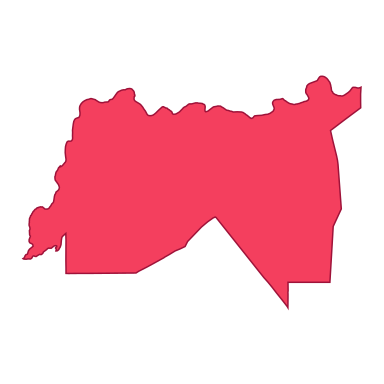 outline of Dagana, Saint-Louis, Senegal
{"feature_id": "50182788B94177495754038", "entity_name": "Dagana", "entity_type": "district", "adm_level": 2, "iso_a3": "SEN", "parent_name": "Senegal", "parent_adm1": "Saint-Louis", "projection": "natural_earth1", "projection_center": [-16.074, 16.26], "detail": "fine", "context": "isolated", "style": "filled", "palette": "rose", "viewbox_px": 384, "rotation_deg": 0, "n_neighbors": 0, "source": "geoboundaries", "source_scale": "gbopen_adm2", "svg_char_len": 5792}
<svg xmlns="http://www.w3.org/2000/svg" viewBox="0 0 384 384"><path d="M361.0,87.2L359.7,87.8L358.0,88.1L355.5,87.4L353.7,87.3L352.8,87.4L352.4,87.7L349.9,91.0L348.1,92.6L344.3,95.2L342.4,96.0L341.5,96.0L340.0,95.7L339.2,95.8L338.0,95.6L337.3,95.4L336.2,94.8L335.5,94.7L334.1,93.9L333.1,93.1L332.8,92.6L332.5,91.8L331.9,91.3L331.5,90.3L331.1,87.2L330.8,86.4L330.7,85.2L329.9,82.7L329.8,82.3L329.4,81.9L327.9,79.7L326.8,78.4L325.2,77.2L324.0,76.6L322.7,76.3L320.8,76.3L319.9,76.7L319.6,77.0L318.8,78.0L317.3,80.5L316.8,80.8L310.1,83.3L308.9,83.9L307.9,84.7L306.9,85.9L306.7,86.5L306.7,87.2L305.8,89.3L305.7,90.9L305.8,92.6L306.4,93.9L306.9,94.3L308.5,97.2L308.8,98.1L308.8,98.8L308.2,100.0L306.9,100.8L306.7,101.1L304.0,101.6L303.4,102.0L300.6,102.9L299.1,103.6L298.2,103.6L297.5,104.0L296.0,104.0L295.6,104.3L294.5,104.5L293.1,104.4L292.5,104.1L290.2,103.7L288.8,103.1L286.3,101.5L285.6,100.8L285.2,100.8L284.0,99.9L283.0,98.8L282.7,98.6L282.0,98.7L281.3,99.0L279.6,99.4L276.2,99.5L274.2,100.2L273.3,101.2L272.7,102.2L272.6,102.8L272.6,103.6L272.8,104.4L274.1,107.7L274.2,108.9L273.9,109.7L273.6,110.1L273.4,110.7L272.9,111.4L271.0,112.6L270.6,113.1L268.6,113.9L268.2,114.2L265.2,114.5L261.7,115.3L256.8,115.6L254.6,115.9L253.7,116.8L253.2,117.6L251.8,118.4L250.9,118.3L250.7,118.0L250.2,117.9L247.0,115.2L246.3,114.9L245.2,113.9L243.1,112.5L241.5,112.0L237.4,111.8L233.2,112.0L231.6,111.3L230.8,111.3L228.2,110.4L226.6,110.2L223.1,107.7L221.2,106.7L220.7,106.2L220.1,106.1L217.8,106.0L216.3,106.4L213.8,106.8L213.0,107.2L207.8,111.2L206.1,111.7L205.5,111.7L205.2,111.4L204.9,110.2L205.2,106.8L204.9,105.4L204.5,104.7L204.1,104.4L203.4,104.3L202.6,103.6L200.8,103.3L198.5,103.2L197.5,102.9L195.5,102.9L191.6,103.9L189.5,103.9L188.6,104.2L186.1,106.3L184.3,107.1L183.3,107.8L182.8,108.5L181.1,110.2L179.5,111.9L176.8,113.5L175.5,114.1L174.7,114.2L174.2,114.2L173.6,114.3L172.6,113.8L172.2,113.2L172.1,112.3L171.2,111.2L170.9,111.2L169.4,110.0L169.3,109.8L168.1,109.3L167.8,108.8L167.3,108.3L166.3,108.0L165.7,108.0L164.8,107.4L164.1,107.2L163.7,106.8L163.0,106.7L162.1,107.0L158.7,110.1L155.8,113.0L154.1,114.4L152.8,115.2L151.4,115.6L149.9,115.7L148.6,115.5L147.8,115.1L147.1,114.3L145.4,111.1L143.9,109.1L142.7,107.1L141.0,105.0L139.9,104.0L138.6,103.2L136.2,101.8L135.1,101.0L134.6,100.5L134.3,99.9L134.1,99.3L134.0,98.6L134.3,96.4L134.6,96.0L134.7,96.3L134.7,96.6L134.9,96.0L134.9,95.4L134.8,94.8L134.5,94.4L134.2,92.2L133.7,91.1L131.9,89.1L131.0,88.7L129.7,88.5L127.8,88.7L126.9,88.9L125.2,89.8L124.5,89.8L123.4,89.8L121.6,90.2L118.5,91.6L117.8,92.1L117.2,92.7L115.6,94.9L114.6,96.4L113.2,98.3L112.2,99.3L111.2,99.4L109.9,99.8L109.5,100.1L108.5,101.6L108.0,101.9L107.1,102.0L104.9,102.1L103.3,102.6L102.1,102.7L100.1,102.5L98.8,102.0L95.8,100.1L95.4,99.7L91.4,98.6L90.6,98.6L88.7,99.3L86.9,99.6L84.5,100.8L83.0,101.8L81.7,103.1L80.9,104.1L79.8,106.2L79.6,107.2L79.5,109.2L80.0,112.6L80.0,114.0L79.9,115.3L79.6,116.0L79.3,116.7L78.9,117.4L78.2,117.7L77.3,117.9L75.5,118.7L74.9,119.3L74.4,120.1L73.8,121.4L73.3,123.9L72.5,130.2L72.6,132.6L72.5,135.8L72.6,138.0L72.5,139.2L72.2,139.9L71.6,140.7L70.9,141.1L70.2,141.2L68.5,141.1L67.9,141.3L67.2,141.8L66.8,142.5L66.1,144.3L65.5,146.7L65.3,149.4L65.2,152.6L65.6,156.4L66.0,159.1L66.0,159.9L65.8,161.3L65.3,162.2L64.6,162.9L64.2,163.5L63.6,164.1L62.4,165.6L60.8,166.7L60.6,166.4L60.5,166.0L60.3,165.9L59.9,166.6L59.5,166.7L59.2,167.4L58.6,167.7L58.3,168.4L57.7,169.9L57.2,170.7L56.5,171.4L56.2,172.0L55.9,172.8L55.6,174.0L55.3,175.9L55.0,176.4L54.9,176.9L55.0,178.7L55.2,180.0L55.6,180.7L55.9,180.9L56.4,181.8L57.1,182.5L57.3,183.1L57.7,183.5L58.6,184.9L59.4,187.3L59.1,188.8L58.6,189.8L58.3,190.1L58.0,190.5L56.0,192.1L55.7,193.3L55.4,193.8L55.2,194.3L54.8,194.8L54.5,196.1L54.4,196.5L53.9,200.0L53.5,202.0L52.9,202.9L51.8,203.9L50.6,206.1L50.0,206.7L49.1,208.1L47.7,209.0L46.1,209.1L44.9,209.0L44.4,208.6L44.0,208.1L43.6,208.0L43.2,207.5L42.4,206.9L41.2,207.0L40.8,206.8L40.3,206.9L38.7,207.3L38.2,207.7L37.7,207.7L37.3,207.7L36.6,208.3L36.2,208.9L35.3,209.2L34.9,209.6L34.0,210.7L34.0,210.9L33.5,211.2L32.8,212.1L32.3,213.3L31.9,213.7L31.3,215.2L30.8,215.5L30.5,216.0L30.4,216.7L29.6,218.3L29.4,219.2L29.5,219.8L29.3,221.4L29.4,222.4L29.2,222.9L29.1,225.0L29.2,225.7L29.6,226.7L29.8,227.3L30.0,228.6L29.9,229.5L29.4,230.5L29.6,234.7L29.8,235.3L30.0,235.6L30.4,236.1L30.3,236.6L29.2,239.4L29.1,239.9L29.1,241.4L29.5,242.3L29.8,242.8L30.7,243.3L31.1,243.4L32.0,243.9L32.4,244.2L32.8,244.8L32.9,245.2L33.0,245.9L33.0,246.4L32.4,246.8L32.2,247.1L31.7,247.4L30.5,248.4L29.6,249.1L29.3,249.5L28.5,250.6L27.9,252.5L27.8,253.1L27.5,253.9L27.3,254.2L26.0,254.6L25.1,255.7L24.8,256.6L23.9,258.2L23.5,258.4L23.0,258.6L23.2,258.8L24.0,259.1L26.4,259.2L28.1,258.9L30.5,259.0L31.6,258.3L32.1,257.5L32.7,256.4L33.4,255.9L34.2,256.0L35.0,256.4L36.1,256.5L36.8,256.1L37.6,255.5L39.0,254.7L39.6,254.4L40.8,254.6L41.4,254.5L42.2,253.9L43.1,252.9L43.4,252.0L46.5,249.7L47.7,248.5L48.7,248.1L49.5,248.2L51.3,248.2L53.0,246.8L54.4,245.8L55.8,245.6L56.7,245.9L56.7,246.9L55.9,247.4L55.5,248.0L56.3,249.2L55.9,250.9L56.9,250.9L57.5,250.7L58.8,249.6L59.3,248.5L60.2,247.1L61.0,244.7L61.4,240.1L61.8,237.6L62.4,236.5L65.8,233.4L66.0,240.2L65.9,260.5L66.0,268.3L66.0,273.4L68.3,273.5L78.4,273.4L87.9,273.4L136.0,273.0L138.8,271.2L147.2,266.9L163.8,257.8L164.7,257.1L169.5,254.4L175.2,250.9L180.1,248.9L185.1,246.5L187.6,241.5L201.5,227.0L207.8,221.7L213.2,217.9L214.7,217.2L214.8,217.3L215.5,217.1L216.1,217.5L263.9,277.6L268.0,282.2L272.0,287.1L276.7,293.2L282.0,299.8L287.2,306.5L287.9,307.7L288.0,297.2L288.0,293.9L287.9,292.3L288.1,290.9L288.0,282.3L329.9,282.3L333.2,226.4L341.3,208.9L338.0,164.3L337.5,160.4L336.6,156.0L332.8,140.7L330.5,130.5L345.4,119.2L360.7,107.8L360.6,101.3L360.6,94.0L361.0,87.2Z" fill="#f43f5e" stroke="#9f1239" stroke-width="1.5"/></svg>